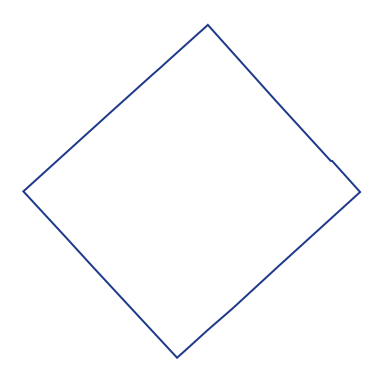 Sumner, Kansas, United States of America, rotated 138°
{"feature_id": "52423323B29617609063992", "entity_name": "Sumner", "entity_type": "district", "adm_level": 2, "iso_a3": "USA", "parent_name": "United States of America", "parent_adm1": "Kansas", "projection": "orthographic", "projection_center": [-97.506, 37.238], "detail": "fine", "context": "isolated", "style": "outline", "palette": "blue", "viewbox_px": 384, "rotation_deg": 138, "n_neighbors": 0, "source": "geoboundaries", "source_scale": "gbopen_adm2", "svg_char_len": 512}
<svg xmlns="http://www.w3.org/2000/svg" viewBox="0 0 384 384"><g transform="rotate(138 192 192)"><path d="M197.5,305.7L226.9,305.6L231.6,305.6L258.8,305.5L316.9,305.3L316.1,243.7L315.8,201.9L315.2,160.5L314.0,78.8L293.3,78.8L273.4,78.9L266.9,78.8L239.4,78.3L177.6,79.0L67.1,79.5L67.1,121.3L68.1,122.3L68.7,203.8L68.4,305.6L75.5,305.5L81.1,305.6L108.3,305.6L126.0,305.6L131.1,305.5L142.7,305.7L158.6,305.7L165.5,305.7L172.8,305.7L193.5,305.7L197.5,305.7Z" fill="none" stroke="#1e3a8a" stroke-width="2"/></g></svg>